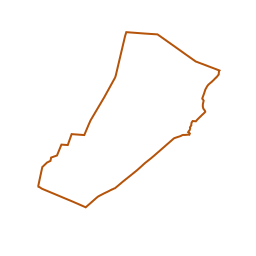 outline of Reifi Telkok, Kassala, Sudan, rotated 34°
{"feature_id": "16777658B60092664698782", "entity_name": "Reifi Telkok", "entity_type": "district", "adm_level": 2, "iso_a3": "SDN", "parent_name": "Sudan", "parent_adm1": "Kassala", "projection": "natural_earth1", "projection_center": [36.762, 16.137], "detail": "fine", "context": "isolated", "style": "outline", "palette": "amber", "viewbox_px": 256, "rotation_deg": 34, "n_neighbors": 0, "source": "geoboundaries", "source_scale": "gbopen_adm2", "svg_char_len": 1483}
<svg xmlns="http://www.w3.org/2000/svg" viewBox="0 0 256 256"><g transform="rotate(34 128 128)"><path d="M86.6,226.8L87.7,226.5L89.5,226.5L90.4,226.5L93.5,225.9L106.5,223.3L114.1,221.8L121.5,220.3L133.9,218.0L137.3,217.4L137.6,216.2L140.8,204.0L141.5,201.6L142.7,199.3L144.6,195.8L147.3,191.2L147.6,190.6L148.8,188.4L148.9,188.2L149.0,188.2L150.4,185.8L150.9,185.2L153.8,175.1L159.1,158.0L160.4,152.9L161.6,147.9L164.0,140.3L164.6,138.2L165.3,135.7L165.8,133.8L171.5,112.3L171.9,110.9L172.1,110.5L173.6,108.5L176.1,105.3L176.6,104.3L177.0,103.6L177.4,103.1L178.0,102.6L179.5,101.6L181.3,100.1L182.2,99.5L182.6,99.3L182.3,98.0L182.1,98.0L181.4,97.8L180.5,97.8L180.2,97.8L180.2,95.9L180.3,95.4L179.9,93.7L179.0,92.8L179.0,90.4L178.8,90.1L178.5,89.8L177.9,88.4L177.7,88.0L177.7,86.1L180.5,84.5L180.6,83.7L180.7,82.8L181.0,81.0L182.1,75.8L182.2,75.0L182.5,74.3L183.0,71.4L182.3,70.8L181.1,70.3L179.6,69.8L178.6,68.9L177.8,68.1L176.8,66.5L176.0,64.5L175.5,63.1L174.1,62.4L173.2,62.2L172.8,61.1L172.3,59.0L171.5,55.9L170.6,52.8L170.3,49.1L170.4,47.3L170.4,47.1L171.7,42.5L171.8,41.7L172.0,41.2L172.7,37.2L172.8,37.2L173.1,35.6L173.2,33.2L173.3,33.0L171.7,30.1L171.7,29.2L146.9,35.0L133.4,34.7L126.5,34.5L100.1,33.9L89.3,40.2L73.0,49.5L74.2,53.5L88.5,91.3L89.1,93.4L91.1,115.6L92.7,142.7L93.7,148.2L95.7,158.3L84.7,164.6L87.6,175.8L82.1,179.0L84.5,190.5L80.8,195.5L82.1,198.6L80.2,201.9L78.8,208.3L83.4,219.8L86.0,226.2L86.6,226.8Z" fill="none" stroke="#b45309" stroke-width="2"/></g></svg>